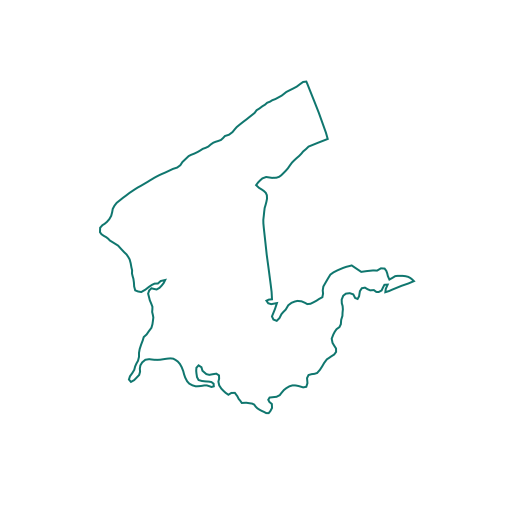 Likoni, Coast, Kenya (Robinson projection), rotated 213°
{"feature_id": "3690345B67191049823154", "entity_name": "Likoni", "entity_type": "district", "adm_level": 2, "iso_a3": "KEN", "parent_name": "Kenya", "parent_adm1": "Coast", "projection": "robinson", "projection_center": [39.624, -4.1], "detail": "fine", "context": "isolated", "style": "outline", "palette": "teal", "viewbox_px": 512, "rotation_deg": 213, "n_neighbors": 0, "source": "geoboundaries", "source_scale": "gbopen_adm2", "svg_char_len": 5063}
<svg xmlns="http://www.w3.org/2000/svg" viewBox="0 0 512 512"><g transform="rotate(213 256 256)"><path d="M308.8,429.7L311.3,427.6L312.6,424.3L314.1,420.2L316.1,416.6L317.7,413.9L319.9,410.1L320.9,407.1L321.8,404.5L323.4,401.5L325.2,398.2L327.2,395.5L328.3,393.1L330.1,390.6L330.9,387.7L332.2,385.1L333.5,381.5L334.9,378.6L335.1,375.2L336.3,371.6L337.4,368.4L338.3,365.6L339.6,362.1L341.4,356.8L342.4,353.6L342.8,350.9L343.2,347.1L344.7,343.0L347.4,339.7L347.9,336.8L348.6,334.2L350.4,331.8L352.0,329.9L353.5,327.8L354.7,324.9L355.6,321.8L357.2,319.2L359.0,316.9L360.2,314.2L361.5,311.6L363.5,308.3L365.6,305.4L366.9,303.1L367.8,299.3L368.9,294.7L368.9,290.9L370.3,287.2L373.1,283.8L375.8,279.4L377.8,276.2L379.5,273.7L381.1,271.2L382.7,268.4L383.9,266.2L385.0,263.9L386.1,261.7L387.2,259.3L389.2,255.3L390.9,251.9L392.4,249.2L393.7,246.4L395.0,243.4L396.5,239.9L397.9,235.9L399.2,232.5L400.3,229.2L401.8,224.7L402.1,221.1L401.8,217.5L400.5,214.4L399.3,210.8L399.1,206.9L399.6,203.4L400.5,200.5L401.6,198.2L402.1,194.8L399.8,191.0L397.5,190.1L394.7,190.0L391.9,190.2L389.4,190.0L387.0,189.4L382.8,189.5L377.3,189.6L373.2,188.5L368.7,187.4L365.4,186.8L362.6,185.6L360.1,184.3L357.2,181.7L354.3,178.6L352.1,176.5L350.5,173.8L348.4,171.8L346.4,170.1L343.9,167.2L341.6,164.1L338.6,161.4L335.6,162.0L332.6,163.3L330.4,167.6L329.0,171.7L327.5,175.2L326.0,177.6L323.3,179.5L322.3,183.1L319.1,186.4L318.7,183.0L319.0,179.8L319.6,176.7L321.1,173.8L323.9,172.7L326.1,172.0L326.8,168.9L326.0,165.7L323.5,163.4L320.9,161.0L317.8,158.9L315.2,157.0L313.8,154.7L312.6,152.5L310.5,150.5L308.6,148.5L307.0,145.2L305.7,142.4L304.6,138.8L304.9,134.6L305.0,130.6L306.0,126.9L305.0,123.4L304.1,119.2L302.9,114.7L301.4,111.1L299.2,107.7L297.9,103.9L297.7,100.6L297.2,97.5L296.1,94.2L296.0,90.3L296.2,86.5L295.3,83.2L292.3,82.3L290.6,85.5L290.0,88.4L289.2,92.6L290.2,95.8L292.1,98.3L293.4,101.3L293.5,104.8L292.3,108.7L289.4,111.3L287.1,112.4L284.5,113.7L282.0,115.3L279.9,116.8L277.9,118.6L276.0,120.3L274.0,122.0L271.9,123.6L269.5,124.8L267.0,125.0L264.1,124.9L261.0,124.0L257.8,122.3L254.3,119.8L251.9,117.6L249.2,115.5L245.5,113.4L242.5,112.6L238.9,112.9L235.5,113.9L233.0,115.7L230.8,117.5L228.9,119.3L226.7,120.7L224.2,121.4L222.0,121.9L220.4,123.7L222.0,125.8L224.7,126.0L227.1,125.0L229.9,123.4L233.3,121.7L236.6,120.7L239.5,122.3L242.0,125.1L243.6,127.1L245.1,129.8L244.6,133.0L241.2,133.0L238.4,130.6L235.6,130.2L233.3,129.9L230.4,130.9L228.0,133.2L225.2,135.7L222.0,135.7L220.1,133.0L219.1,130.1L216.3,127.4L212.9,125.9L209.9,125.2L207.0,124.7L203.6,124.6L202.1,127.7L199.2,129.7L195.2,128.2L192.7,126.7L190.3,126.0L187.9,125.0L184.3,127.6L181.0,129.1L178.9,130.1L176.6,130.4L174.3,129.5L171.9,129.0L169.3,129.0L166.9,129.2L164.4,129.6L161.9,129.8L159.8,131.1L159.5,133.7L159.8,137.3L162.1,140.5L165.3,140.9L167.4,142.1L167.5,144.7L165.3,146.5L162.1,149.1L160.3,152.2L160.1,154.9L159.6,158.8L158.6,161.7L157.0,164.9L154.9,167.4L152.3,169.0L149.6,170.1L147.3,170.8L144.9,171.5L142.6,173.7L143.6,177.4L146.7,181.4L147.1,184.8L145.0,187.2L142.8,189.0L141.0,191.2L140.4,195.4L140.4,199.5L140.6,203.5L140.3,207.9L139.2,210.4L138.2,212.9L136.8,215.9L136.6,219.2L138.5,222.0L141.4,223.3L144.5,224.8L147.5,227.9L148.4,232.3L148.7,235.4L148.6,238.5L147.3,241.8L147.7,245.0L149.8,248.9L150.9,252.8L152.5,255.5L154.1,258.6L156.1,261.2L158.3,263.1L160.4,266.1L161.2,270.2L160.1,273.4L157.1,275.9L153.5,276.8L150.0,274.8L147.4,275.3L147.6,278.3L148.6,280.6L149.7,283.1L149.7,286.6L147.4,288.8L144.4,288.9L141.5,289.4L138.6,291.6L135.5,291.4L133.5,292.6L131.9,295.5L132.3,298.4L132.6,301.8L130.0,303.7L129.3,299.2L127.8,296.1L125.3,299.1L123.5,301.9L117.6,310.4L113.2,316.0L109.9,320.9L112.3,321.4L114.6,321.6L117.0,321.4L119.6,320.5L122.0,319.3L124.1,318.0L126.4,316.5L128.3,314.9L129.7,311.9L131.3,308.9L134.5,311.0L136.5,312.9L138.6,314.5L141.3,315.5L144.5,313.7L146.5,309.7L149.9,307.7L155.1,303.5L159.1,300.0L164.9,300.1L170.6,300.2L172.4,298.2L174.3,296.2L176.4,293.5L178.1,291.0L179.9,288.3L182.1,284.5L183.5,280.9L183.4,276.8L183.2,272.4L182.9,267.1L181.3,263.5L179.3,261.0L177.9,257.6L179.7,254.3L180.9,251.5L182.5,248.6L184.3,245.6L186.8,243.6L189.5,243.4L193.1,242.8L196.8,240.9L198.7,238.9L200.7,236.1L202.1,232.3L201.9,227.2L202.6,223.9L203.0,221.1L202.5,216.7L203.3,212.9L206.8,212.2L209.7,214.0L211.2,221.8L212.8,227.9L214.8,226.0L217.0,223.9L220.0,223.0L222.9,224.2L221.5,226.4L219.0,228.4L223.3,234.3L228.0,239.9L237.8,251.4L247.7,262.9L255.2,272.1L262.8,281.4L265.0,284.1L267.6,287.4L269.5,290.2L271.7,294.6L273.3,297.7L274.9,301.0L275.8,304.1L276.8,307.1L278.0,310.1L280.0,312.9L282.2,314.3L284.7,314.8L287.1,314.9L290.7,314.8L294.5,315.5L294.3,318.8L293.7,321.8L292.9,324.6L290.5,327.8L285.2,330.2L281.6,332.7L279.8,334.9L278.8,337.4L278.1,340.6L277.5,343.5L277.0,346.8L276.9,350.5L276.7,353.9L276.1,356.8L275.3,360.0L274.3,363.4L273.7,366.5L273.4,369.3L272.3,372.9L271.5,376.4L265.5,385.0L259.6,393.2L262.1,395.4L264.5,397.5L272.9,403.9L281.3,410.3L291.4,417.5L301.6,424.7L304.0,426.4L306.1,427.9L308.8,429.7Z" fill="none" stroke="#0f766e" stroke-width="2"/></g></svg>